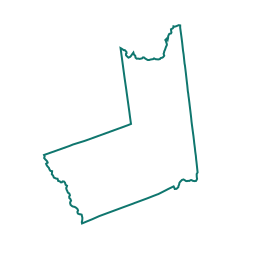 outline of São José dos Quatro Marcos, Mato Grosso, Brazil, rotated 336°
{"feature_id": "56859067B37097100035842", "entity_name": "São José dos Quatro Marcos", "entity_type": "district", "adm_level": 2, "iso_a3": "BRA", "parent_name": "Brazil", "parent_adm1": "Mato Grosso", "projection": "equal_earth", "projection_center": [-58.29, -15.532], "detail": "fine", "context": "isolated", "style": "outline", "palette": "teal", "viewbox_px": 256, "rotation_deg": 336, "n_neighbors": 0, "source": "geoboundaries", "source_scale": "gbopen_adm2", "svg_char_len": 2690}
<svg xmlns="http://www.w3.org/2000/svg" viewBox="0 0 256 256"><g transform="rotate(336 128 128)"><path d="M71.0,120.7L67.3,120.6L42.9,118.7L40.3,118.5L40.3,120.0L39.2,121.3L39.6,122.9L40.2,124.4L40.6,125.7L40.5,127.0L39.5,127.1L38.6,127.4L38.6,129.1L38.9,130.4L39.5,132.3L39.4,134.1L39.7,135.6L41.1,136.6L40.4,137.9L39.6,139.3L40.2,141.0L40.1,143.1L41.2,144.3L41.9,145.1L43.0,145.7L42.7,148.0L43.9,148.9L44.6,150.4L45.5,150.7L46.5,150.2L47.7,150.8L48.2,152.3L47.9,154.5L48.8,156.0L48.0,156.9L47.1,157.7L46.8,159.3L46.9,160.9L46.8,162.6L47.7,163.9L47.6,165.8L46.4,166.7L45.9,168.1L46.5,169.5L46.4,171.3L45.5,171.8L44.6,172.9L44.3,174.8L45.0,176.4L45.8,177.4L47.1,178.3L48.0,179.5L48.5,180.5L48.9,181.6L48.8,183.1L47.6,184.1L47.4,185.7L48.5,187.0L49.5,187.5L50.4,188.3L50.1,189.9L49.8,191.5L49.0,193.1L48.2,194.3L47.5,195.2L47.2,196.5L52.1,196.6L58.1,196.8L66.0,196.8L79.8,197.7L92.2,198.5L102.4,199.2L103.6,199.2L104.6,199.3L117.1,200.1L119.2,200.2L123.9,200.4L125.6,200.5L127.7,200.6L128.7,200.7L132.9,200.5L138.4,200.2L139.7,200.1L145.9,199.9L146.0,201.3L145.9,202.7L147.6,203.3L149.9,202.5L150.6,201.4L151.6,200.6L152.6,199.1L153.7,198.4L156.2,197.4L157.8,197.6L158.6,198.7L159.3,199.9L160.2,200.5L161.3,200.7L162.5,201.3L163.9,201.1L164.8,201.4L165.8,202.7L167.4,203.7L168.7,204.0L170.4,202.6L170.9,200.7L172.0,198.0L173.5,196.9L176.2,188.6L176.9,186.4L177.4,184.7L178.7,180.9L179.2,179.1L179.8,177.0L181.0,173.3L181.6,171.3L182.4,168.6L183.0,166.8L184.5,162.0L185.6,158.2L187.9,150.4L188.7,147.8L189.7,144.8L190.5,142.3L191.0,140.7L192.2,136.8L194.4,129.7L195.8,125.1L196.2,123.6L197.0,121.1L197.6,118.8L198.3,116.7L199.4,113.4L200.3,110.5L200.7,109.2L203.3,101.0L205.4,94.2L205.9,92.1L208.7,83.5L209.8,79.5L212.4,71.4L213.9,66.4L216.4,57.8L217.4,55.5L216.2,54.7L213.1,54.6L211.8,54.4L210.9,53.6L210.2,54.7L209.3,55.2L207.4,55.3L206.9,56.9L206.5,58.5L205.7,59.1L204.0,58.8L202.6,59.9L201.9,60.7L201.2,62.1L200.0,63.7L199.7,62.1L197.9,62.8L198.0,64.0L197.8,65.3L197.6,67.3L196.9,68.4L196.0,69.0L194.6,70.5L193.5,71.7L192.3,72.7L191.5,73.9L190.7,74.7L190.5,76.7L189.0,77.5L188.1,77.7L186.2,77.4L185.2,78.0L183.6,77.7L181.1,76.3L180.1,75.0L179.0,75.3L177.5,74.9L176.4,74.6L175.0,74.5L173.7,73.9L173.0,73.0L171.9,71.4L171.4,70.2L170.5,69.6L169.3,70.1L168.0,69.9L166.7,69.6L165.5,68.7L164.1,68.2L163.5,66.8L164.0,64.9L163.3,63.3L163.6,61.3L162.0,62.2L160.2,63.3L158.9,63.9L157.0,63.9L156.1,61.8L155.8,60.6L156.3,59.4L157.2,59.0L157.5,57.7L156.7,55.5L155.7,55.1L155.0,53.8L153.7,52.0L152.3,56.8L145.4,80.3L142.1,92.0L140.9,96.1L135.8,113.8L134.3,118.8L132.7,124.4L132.4,125.5L129.1,125.4L114.8,124.4L85.0,122.3L82.7,122.1L71.0,120.7Z" fill="none" stroke="#0f766e" stroke-width="2"/></g></svg>